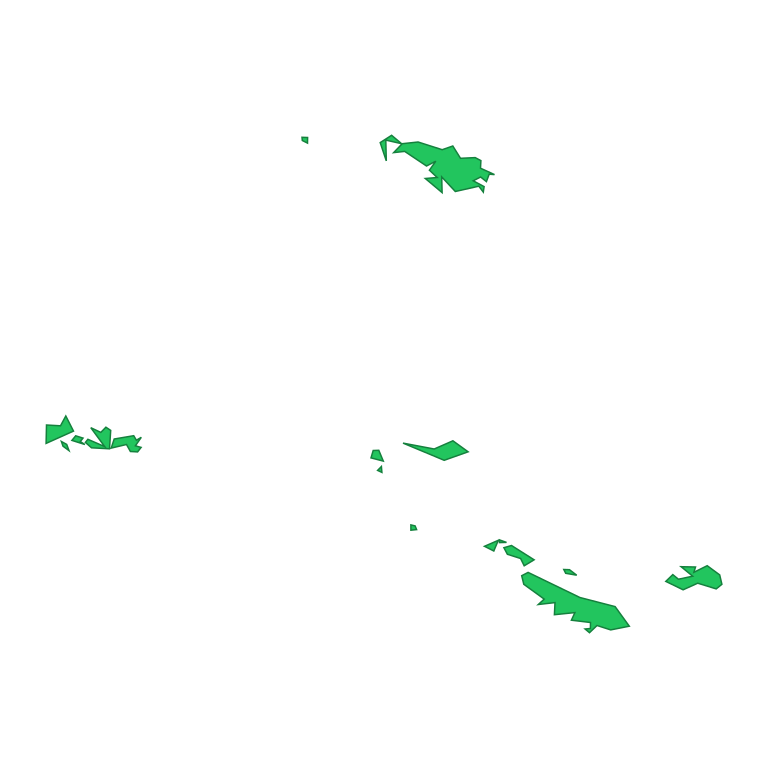 outline of Samarai-Murua District, Milne Bay, Papua New Guinea
{"feature_id": "67681753B57356093785831", "entity_name": "Samarai-Murua District", "entity_type": "district", "adm_level": 2, "iso_a3": "PNG", "parent_name": "Papua New Guinea", "parent_adm1": "Milne Bay", "projection": "mercator", "projection_center": [152.452, -10.176], "detail": "medium", "context": "isolated", "style": "filled", "palette": "green", "viewbox_px": 768, "rotation_deg": 0, "n_neighbors": 0, "source": "geoboundaries", "source_scale": "gbopen_adm2", "svg_char_len": 1916}
<svg xmlns="http://www.w3.org/2000/svg" viewBox="0 0 768 768"><path d="M418.1,142.0L402.2,143.7L393.7,152.6L404.7,151.4L426.5,166.0L435.8,161.2L429.4,170.2L437.2,177.5L425.3,178.5L442.1,192.6L441.7,176.9L455.3,191.5L478.8,186.2L483.3,192.1L484.1,186.6L473.2,180.8L480.6,177.0L486.4,181.6L489.2,174.2L494.5,174.6L480.5,168.2L480.9,160.6L475.2,157.6L460.5,158.3L452.8,146.0L442.2,149.7L418.1,142.0ZM528.1,572.4L521.7,575.7L523.8,584.3L544.2,599.1L538.3,604.5L555.0,602.6L554.4,614.7L574.9,612.6L571.4,620.2L590.5,622.5L590.4,628.5L585.1,629.0L589.5,632.7L597.0,625.5L610.7,629.9L629.3,626.2L615.1,606.6L579.9,597.5L528.1,572.4ZM707.2,565.7L693.9,572.3L695.5,567.0L681.1,566.7L692.7,576.2L678.4,579.2L672.8,574.6L665.8,581.4L683.1,589.8L697.7,583.2L716.2,588.9L721.9,584.3L719.7,574.9L707.2,565.7ZM452.9,440.8L434.2,449.0L403.0,443.1L444.2,460.3L468.1,451.8L452.9,440.8ZM46.1,443.4L73.5,431.1L65.8,416.0L60.5,425.8L46.5,425.0L46.1,443.4ZM133.7,435.7L114.2,439.0L111.2,448.1L126.5,444.5L130.4,451.5L137.6,451.9L141.1,447.4L135.4,445.8L141.3,437.3L136.4,440.2L133.7,435.7ZM105.9,427.2L100.8,432.4L90.8,427.7L104.7,446.6L87.9,439.3L85.4,442.4L91.5,447.8L109.5,448.8L110.7,430.4L105.9,427.2ZM511.5,545.5L503.9,547.7L507.4,554.3L520.6,558.5L524.2,565.8L534.1,559.8L511.5,545.5ZM391.6,135.3L380.2,142.6L386.3,160.9L385.8,140.1L401.6,143.7L391.6,135.3ZM378.8,450.3L373.2,450.5L371.0,457.9L383.3,461.1L378.8,450.3ZM498.3,540.3L484.5,546.3L493.8,551.0L498.3,540.3ZM75.7,435.8L71.9,440.4L84.9,444.5L80.3,441.6L83.0,438.1L75.7,435.8ZM563.8,569.5L565.7,573.3L576.7,575.2L569.5,569.7L563.8,569.5ZM307.5,143.1L307.6,137.5L302.0,137.3L302.3,140.5L307.5,143.1ZM506.5,542.4L499.5,539.9L499.5,542.6L506.5,542.4ZM61.4,441.5L63.0,446.2L69.0,450.6L66.7,444.4L61.4,441.5ZM410.9,524.9L410.9,530.2L416.6,529.6L415.1,525.9L410.9,524.9ZM381.9,472.4L381.4,466.5L377.6,470.4L381.9,472.4Z" fill="#22c55e" stroke="#15803d" stroke-width="1.5"/></svg>